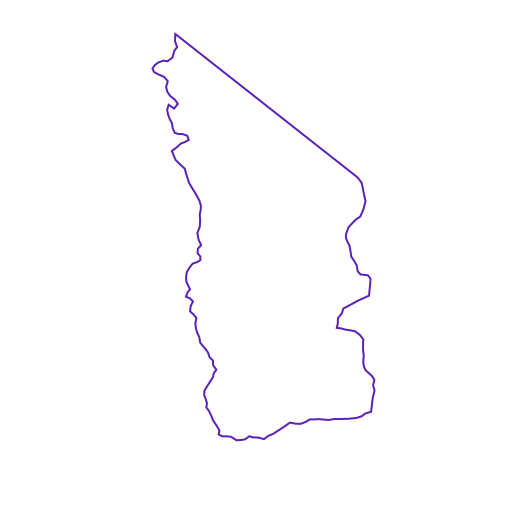 the district of Arenápolis, Mato Grosso, Brazil, rotated 200°
{"feature_id": "56859067B2572711166571", "entity_name": "Arenápolis", "entity_type": "district", "adm_level": 2, "iso_a3": "BRA", "parent_name": "Brazil", "parent_adm1": "Mato Grosso", "projection": "mercator", "projection_center": [-56.855, -14.504], "detail": "fine", "context": "isolated", "style": "outline", "palette": "violet", "viewbox_px": 512, "rotation_deg": 200, "n_neighbors": 0, "source": "geoboundaries", "source_scale": "gbopen_adm2", "svg_char_len": 2339}
<svg xmlns="http://www.w3.org/2000/svg" viewBox="0 0 512 512"><g transform="rotate(200 256 256)"><path d="M407.7,437.0L405.6,430.1L401.6,425.4L402.9,420.9L402.4,413.8L405.8,408.7L409.8,407.9L414.0,404.4L416.5,400.6L417.4,396.8L414.9,394.1L410.0,393.3L403.7,392.9L398.7,390.1L398.3,384.2L395.5,379.9L391.4,377.1L385.5,375.1L381.5,372.2L383.4,366.5L389.8,368.2L389.5,363.0L386.9,358.7L384.0,355.3L380.4,352.0L377.9,347.5L374.4,343.9L370.4,344.2L366.5,345.5L361.8,345.5L358.9,342.1L361.8,338.8L365.1,335.9L367.7,330.9L371.0,325.9L367.8,322.4L364.5,318.8L358.0,315.8L352.8,313.7L349.9,309.5L347.5,306.5L344.3,302.2L338.9,297.7L335.3,294.9L331.6,291.8L328.2,288.8L325.0,284.4L323.9,281.1L323.0,275.6L320.6,270.2L318.9,264.4L318.9,257.4L315.5,251.7L311.3,247.5L313.1,243.0L311.9,238.7L308.1,236.5L306.9,233.0L309.3,230.0L312.9,227.2L314.4,222.8L315.5,217.0L314.2,211.4L312.5,207.8L309.9,205.3L306.6,202.1L307.8,198.7L307.9,193.8L303.5,193.6L299.7,191.8L300.3,186.6L299.0,181.4L294.5,179.6L290.7,177.2L290.0,172.0L287.7,167.4L285.0,163.8L281.5,160.3L278.9,155.6L275.0,153.2L271.4,151.2L267.9,148.7L265.3,145.3L260.8,143.1L258.8,138.6L254.4,135.6L255.6,131.1L255.0,127.4L256.1,122.4L257.6,115.9L258.4,111.4L256.9,107.2L254.4,104.5L251.7,100.8L250.9,96.7L247.0,94.2L243.3,90.4L239.8,86.6L235.1,83.2L230.7,79.5L230.1,75.6L226.1,75.0L222.1,76.4L217.7,77.6L211.4,76.2L207.5,77.8L203.6,79.9L200.7,84.3L197.1,84.5L191.1,86.3L185.9,86.6L182.9,91.2L178.9,94.9L174.9,100.3L170.6,106.0L167.2,111.0L161.7,111.9L156.7,113.5L152.5,117.1L149.6,120.8L145.8,122.2L141.4,124.1L136.6,125.4L131.3,126.9L127.3,129.3L122.5,131.1L118.7,132.6L114.0,134.4L106.2,138.2L101.9,141.5L99.5,145.3L94.6,149.0L97.8,162.8L98.6,170.1L101.8,174.7L102.4,180.2L105.7,182.7L109.5,184.4L113.9,186.1L116.7,188.9L118.7,192.4L120.8,199.5L123.6,205.1L125.0,209.1L126.7,214.4L131.7,217.5L137.2,219.1L142.6,218.3L146.2,217.5L151.0,217.1L155.5,216.1L156.1,220.7L157.7,225.6L155.7,231.7L156.0,236.4L144.9,248.9L139.5,254.2L136.2,257.4L137.6,262.6L139.3,269.3L140.6,273.8L144.1,276.1L147.6,275.4L151.4,274.4L155.2,276.4L158.2,281.7L161.9,284.8L166.3,288.1L169.2,293.5L171.8,297.9L175.0,300.7L177.6,303.6L178.9,307.1L178.9,314.8L174.9,324.0L171.5,328.7L171.0,336.8L171.8,344.9L177.3,353.6L179.3,357.1L182.0,361.1L187.5,364.6L407.7,437.0Z" fill="none" stroke="#5b21b6" stroke-width="2"/></g></svg>